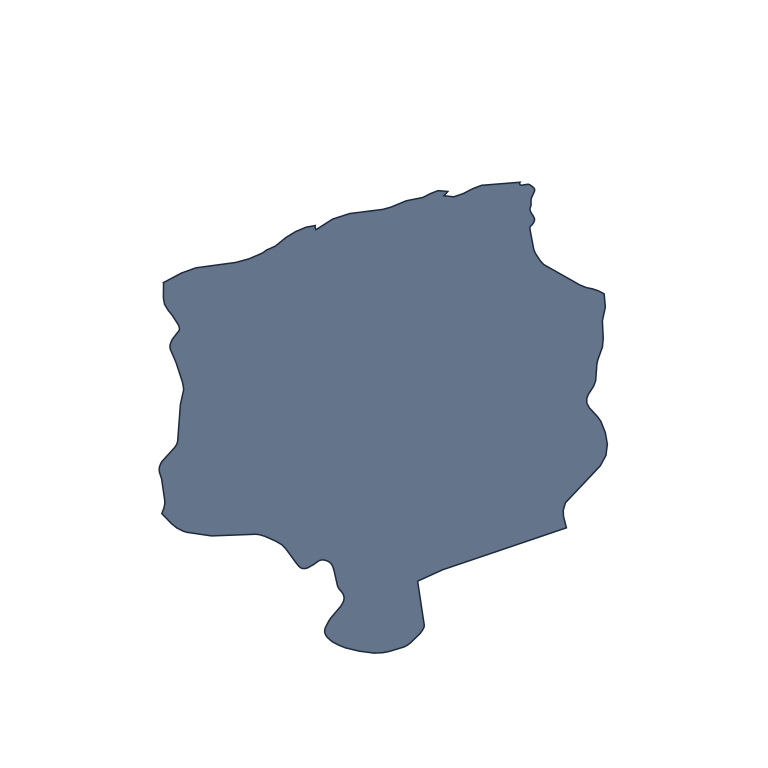 the County of Sinoe, rotated 132°
{"feature_id": "LBR-782", "entity_name": "Sinoe", "entity_type": "County", "adm_level": 1, "iso_a3": "LBR", "parent_name": "Liberia", "parent_adm1": "", "projection": "albers", "projection_center": [-8.843, 5.349], "detail": "fine", "context": "isolated", "style": "filled", "palette": "slate", "viewbox_px": 768, "rotation_deg": 132, "n_neighbors": 0, "source": "natural_earth", "source_scale": "10m", "svg_char_len": 2535}
<svg xmlns="http://www.w3.org/2000/svg" viewBox="0 0 768 768"><g transform="rotate(132 384 384)"><path d="M456.2,615.8L437.1,608.8L423.5,601.5L392.7,575.4L381.3,568.1L367.8,561.9L363.2,561.0L354.2,557.0L340.7,554.9L330.0,551.7L319.7,546.9L312.2,541.1L313.6,540.2L313.9,539.9L314.0,539.4L314.9,537.8L295.7,532.5L280.2,523.5L255.1,501.8L248.1,497.3L233.0,490.1L219.3,479.9L211.4,476.9L204.1,473.2L198.2,465.4L204.0,465.4L198.2,457.4L189.4,452.5L179.6,448.8L171.0,444.4L143.0,417.9L143.7,417.8L144.6,416.9L144.9,416.2L144.7,415.5L143.8,414.4L140.0,411.4L139.4,410.8L138.8,410.1L138.5,409.4L138.2,407.7L138.0,405.1L138.0,403.8L138.2,402.9L138.8,402.0L139.9,401.2L146.3,399.2L147.7,398.6L148.7,398.0L149.4,397.4L152.4,394.6L153.6,393.9L156.0,392.9L157.2,391.6L158.2,389.5L159.4,385.1L160.3,383.0L161.5,381.7L163.9,380.8L165.5,380.6L167.3,380.5L168.5,380.7L169.3,380.6L169.9,380.4L171.7,378.6L184.0,362.4L185.7,358.6L187.6,351.3L188.2,347.5L188.3,345.1L179.4,304.9L177.0,298.2L173.8,292.8L171.3,287.1L169.7,280.7L178.8,270.9L190.9,264.0L203.4,251.6L210.4,246.4L222.6,241.4L226.5,239.3L239.9,228.9L245.5,226.7L254.9,225.2L259.1,223.6L262.5,220.4L264.3,215.5L265.4,203.3L266.7,197.7L272.0,187.0L279.2,177.8L288.5,171.3L300.1,168.5L350.8,169.7L357.9,166.3L362.2,162.1L368.8,152.2L483.0,216.2L508.0,227.1L536.1,192.9L537.5,191.7L540.5,190.8L544.8,190.2L558.7,191.1L562.7,191.9L566.1,193.2L579.5,201.3L584.6,205.2L590.7,211.4L599.1,223.6L605.8,235.9L608.3,242.7L610.0,249.2L610.3,252.2L610.2,256.9L609.8,258.5L609.3,260.0L608.5,261.5L607.4,262.7L605.9,263.8L604.2,264.6L596.9,266.5L593.3,267.0L579.0,267.4L577.1,267.6L573.8,268.3L572.2,268.9L570.6,269.8L569.2,271.0L568.2,272.5L567.4,274.0L567.0,275.7L566.3,280.4L565.8,281.9L565.2,283.4L556.0,296.4L554.1,299.7L553.4,301.4L552.9,303.3L552.9,305.3L553.4,307.7L555.2,311.3L557.0,313.0L558.8,314.1L565.6,315.6L571.8,317.7L574.0,319.2L575.5,320.9L576.2,322.4L576.4,324.1L576.4,325.8L575.6,330.4L575.6,330.5L572.2,346.6L571.8,352.3L573.2,359.1L576.9,370.6L579.3,375.7L581.5,378.8L612.3,410.5L625.9,430.9L627.7,434.6L629.6,441.6L630.0,448.6L629.0,462.4L623.4,464.6L619.8,466.7L617.3,469.0L603.4,485.7L599.8,491.9L598.2,493.7L596.1,495.3L592.5,496.7L590.2,497.2L571.2,497.1L567.8,497.6L566.1,498.3L564.4,499.2L535.5,521.6L522.4,529.0L520.2,531.4L517.4,535.2L507.2,552.9L501.1,566.2L499.8,567.8L497.9,569.3L494.3,570.7L492.0,571.3L481.0,572.1L479.4,573.4L477.8,575.9L474.7,587.2L473.7,593.6L471.6,600.5L467.7,605.5L456.2,615.7L456.2,615.8Z" fill="#64748b" stroke="#1e293b" stroke-width="1.5"/></g></svg>